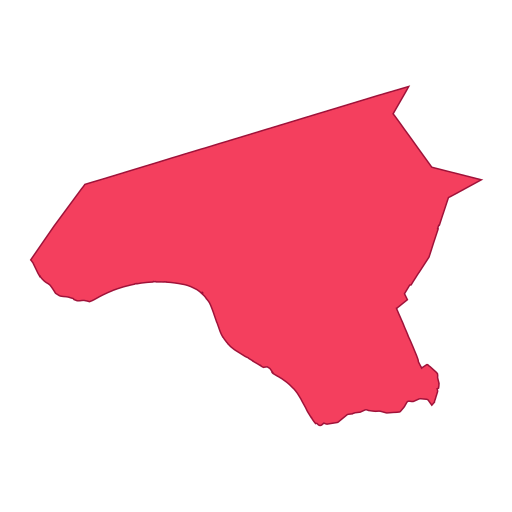 the district of Nederweert, Limburg, Netherlands
{"feature_id": "6326949B42914806885900", "entity_name": "Nederweert", "entity_type": "district", "adm_level": 2, "iso_a3": "NLD", "parent_name": "Netherlands", "parent_adm1": "Limburg", "projection": "orthographic", "projection_center": [5.78, 51.292], "detail": "fine", "context": "isolated", "style": "filled", "palette": "rose", "viewbox_px": 512, "rotation_deg": 0, "n_neighbors": 0, "source": "geoboundaries", "source_scale": "gbopen_adm2", "svg_char_len": 5689}
<svg xmlns="http://www.w3.org/2000/svg" viewBox="0 0 512 512"><path d="M316.3,114.2L223.4,142.4L219.3,143.6L205.1,148.0L201.1,149.1L185.5,153.8L177.8,156.2L171.7,158.0L166.3,159.7L146.0,165.9L99.6,180.0L91.8,182.3L84.9,184.4L83.4,186.5L81.4,189.0L54.1,226.0L30.7,259.9L31.4,260.7L32.2,261.8L33.0,262.9L33.6,264.2L38.0,273.3L38.7,274.5L39.4,275.7L39.8,276.5L40.1,276.2L40.2,276.4L40.3,276.7L41.2,277.8L42.1,278.9L43.1,279.9L44.1,280.9L45.2,281.8L46.3,282.6L47.5,283.3L48.3,283.7L48.3,283.8L48.6,284.0L49.8,284.9L50.5,285.7L52.1,287.9L52.9,289.1L54.4,291.4L55.1,292.6L55.6,293.3L59.4,295.7L60.6,296.1L61.9,296.3L63.2,296.5L66.0,296.7L67.4,296.9L68.8,297.2L70.3,297.7L71.7,298.1L73.1,298.5L73.5,298.8L73.8,299.1L73.9,299.3L73.9,299.5L74.9,299.9L76.0,300.3L76.6,300.6L77.6,300.8L78.9,300.8L80.3,300.7L81.7,300.5L83.1,300.4L83.9,300.4L84.6,300.5L86.4,300.9L86.8,300.9L89.5,301.7L90.7,301.2L92.0,300.7L93.2,300.1L94.4,299.5L98.0,297.5L99.2,296.8L102.9,294.9L104.8,294.0L108.0,292.5L109.2,292.0L112.5,290.6L114.2,289.8L114.3,289.9L117.0,288.9L121.0,287.6L123.6,286.8L126.3,286.1L128.0,285.7L130.3,285.1L134.8,284.1L134.9,283.8L136.8,283.5L136.9,283.8L139.2,283.4L140.8,283.1L143.3,282.8L147.0,282.4L149.5,282.2L152.8,282.0L153.3,281.5L153.7,281.7L155.7,281.6L156.1,281.9L157.8,281.9L160.5,281.9L164.3,282.0L164.4,281.8L166.1,281.9L166.1,282.1L170.3,282.4L174.5,282.9L178.6,283.5L181.3,284.0L184.1,284.5L185.4,284.8L186.8,285.2L188.1,285.6L189.4,286.1L190.8,286.6L192.0,287.2L193.3,287.8L197.1,289.7L198.3,290.6L199.4,291.4L200.5,292.3L201.4,293.2L202.1,292.6L202.2,292.4L202.8,293.0L202.2,293.9L204.3,295.9L205.4,297.2L205.7,297.7L206.3,298.5L206.4,298.8L206.7,299.0L208.3,301.0L209.1,302.2L209.5,302.8L210.7,305.4L212.0,308.7L213.4,312.5L214.3,315.2L215.2,317.8L215.9,319.8L216.5,321.6L216.7,322.1L217.1,322.9L219.8,330.6L220.2,331.7L220.6,332.6L221.1,333.8L221.6,334.8L222.9,337.2L223.1,337.2L224.3,339.1L225.3,340.4L226.8,342.4L227.6,343.2L227.7,343.6L229.4,345.3L229.9,345.9L231.2,347.1L233.0,348.5L234.2,349.5L235.4,350.3L237.8,351.8L244.8,356.2L245.9,356.8L248.2,357.8L248.9,358.5L252.9,360.9L252.8,361.1L258.0,364.1L260.7,365.8L260.8,365.6L261.2,366.1L261.5,366.3L262.0,366.6L262.3,366.8L263.6,367.4L264.1,367.2L267.2,366.8L269.9,368.5L272.7,372.4L272.3,372.5L272.2,372.5L272.6,373.1L273.1,373.5L273.4,373.7L276.4,375.5L277.7,376.3L277.9,376.3L282.0,378.8L284.6,380.7L285.6,381.4L287.3,382.7L289.5,384.6L290.6,385.7L291.4,386.5L292.8,387.9L293.9,388.9L295.5,390.8L297.4,393.3L299.2,396.2L300.9,399.0L301.7,400.6L302.4,401.9L304.4,405.5L304.6,405.9L305.5,407.5L307.2,411.0L308.0,412.4L308.5,413.2L311.1,417.4L311.3,417.7L311.5,417.6L312.2,419.0L313.2,420.5L314.0,421.6L315.2,423.1L315.6,423.6L316.1,423.4L316.6,423.4L317.0,423.5L317.3,423.7L318.1,424.6L318.4,424.8L318.8,425.1L319.2,425.3L319.6,425.4L320.1,425.5L320.5,425.4L321.0,425.3L321.5,425.0L322.5,424.2L322.5,424.3L323.9,423.1L325.3,423.7L325.7,423.8L326.3,424.0L327.0,424.1L327.3,424.1L328.4,423.9L337.2,422.5L337.5,422.4L338.2,422.1L339.6,420.9L346.8,415.0L347.0,414.8L347.5,414.5L348.2,414.3L349.8,414.1L352.5,413.8L352.6,413.6L353.0,413.5L353.2,413.4L353.7,413.2L354.2,413.1L354.8,412.8L359.8,412.2L360.1,412.2L361.4,411.6L365.1,409.9L365.6,409.8L366.2,409.8L366.7,409.8L368.6,410.5L369.0,410.6L369.5,410.6L370.2,410.7L372.3,411.0L375.2,411.3L375.9,411.3L379.0,411.1L379.6,411.2L380.1,411.2L381.7,411.6L386.0,412.8L386.5,412.9L387.0,412.9L387.4,412.9L393.9,412.4L394.5,412.4L396.5,412.3L398.3,412.1L399.2,412.0L399.4,412.0L399.7,411.9L400.1,411.7L400.3,411.5L400.5,411.3L401.2,410.5L404.0,407.2L404.3,406.7L404.8,406.0L405.1,405.3L405.3,405.0L406.2,403.5L406.8,402.4L407.1,402.0L407.3,401.8L407.4,401.7L407.7,401.5L408.1,401.3L408.4,401.2L408.8,401.2L409.5,401.2L411.6,401.5L412.2,401.5L412.9,401.5L413.2,401.5L413.7,401.3L414.0,401.2L418.0,399.4L418.9,399.0L419.4,398.8L419.6,398.8L420.0,398.8L420.5,398.7L425.7,399.2L426.8,399.3L427.1,399.4L427.3,399.5L427.7,399.7L428.1,400.0L428.4,400.4L428.9,401.1L431.8,405.2L434.5,402.1L434.5,401.7L434.5,401.3L434.6,401.1L434.7,400.7L435.1,399.7L435.7,397.8L435.8,397.5L435.8,397.3L436.5,395.2L436.6,394.8L437.1,393.2L437.5,391.9L437.6,391.6L437.6,391.1L437.6,390.8L437.3,389.5L437.1,388.7L438.5,388.2L438.7,387.4L438.6,386.9L438.7,386.7L438.8,386.4L438.9,386.1L438.9,385.4L438.9,384.6L438.9,383.5L439.0,383.5L438.9,382.9L437.9,379.0L437.9,378.8L437.7,378.2L437.6,377.2L437.7,375.7L437.6,374.8L437.5,373.8L437.2,373.3L436.8,372.9L436.1,372.1L435.8,371.8L434.2,370.4L433.9,370.1L433.1,369.5L433.1,369.4L430.0,366.6L429.2,366.1L428.1,365.0L427.7,364.8L427.6,364.7L427.3,364.6L427.1,364.6L426.8,364.6L426.5,364.8L422.1,367.7L422.0,367.8L421.9,367.7L421.9,367.8L421.6,368.1L420.8,366.5L419.7,364.4L418.5,362.0L418.4,361.7L418.3,361.2L418.2,360.3L418.0,359.6L417.4,357.8L417.2,357.3L416.5,355.4L414.5,350.6L412.9,346.7L410.2,340.4L408.5,336.8L408.5,336.7L407.9,335.5L408.0,335.4L406.3,331.3L405.1,328.6L404.1,326.2L403.5,324.6L402.5,322.2L401.9,320.9L401.0,318.9L400.9,318.6L398.5,313.2L398.4,312.9L396.6,308.8L396.8,308.6L396.6,308.2L396.9,308.1L397.2,307.9L407.4,299.7L404.7,294.2L404.5,293.7L409.7,285.1L411.1,284.9L413.1,281.6L416.3,276.6L416.5,276.3L416.5,276.2L418.8,272.7L419.0,272.5L429.0,257.1L429.1,256.8L431.6,249.1L431.7,248.7L432.5,246.2L433.6,242.7L434.5,240.0L438.0,229.4L438.1,228.7L437.6,228.6L438.7,225.3L439.2,225.4L439.4,225.1L442.8,214.6L443.0,214.1L448.4,197.7L448.7,197.4L450.4,196.6L465.9,188.2L481.3,179.8L445.4,170.7L439.2,169.1L434.8,168.0L434.4,167.9L431.8,167.2L431.7,167.1L417.4,147.3L411.7,139.3L404.7,129.7L404.4,129.3L401.0,124.5L395.4,116.8L393.1,113.8L405.6,92.1L408.7,86.5L377.6,95.6L316.3,114.2Z" fill="#f43f5e" stroke="#9f1239" stroke-width="1.5"/></svg>